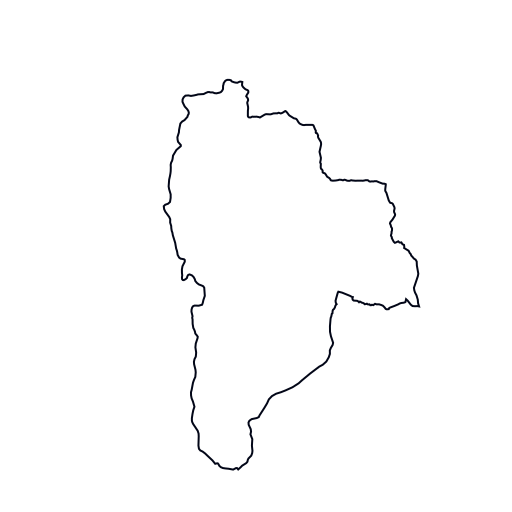 outline of Guadalupe, Santander, Colombia, rotated 329°
{"feature_id": "7082276B99610828489560", "entity_name": "Guadalupe", "entity_type": "district", "adm_level": 2, "iso_a3": "COL", "parent_name": "Colombia", "parent_adm1": "Santander", "projection": "orthographic", "projection_center": [-73.394, 6.237], "detail": "fine", "context": "isolated", "style": "outline", "palette": "ink", "viewbox_px": 512, "rotation_deg": 329, "n_neighbors": 0, "source": "geoboundaries", "source_scale": "gbopen_adm2", "svg_char_len": 6120}
<svg xmlns="http://www.w3.org/2000/svg" viewBox="0 0 512 512"><g transform="rotate(329 256 256)"><path d="M114.0,413.1L115.4,413.5L116.4,414.0L116.6,415.1L116.5,417.0L117.1,418.9L118.4,420.7L120.2,422.2L123.0,424.3L126.4,427.3L129.7,427.5L130.5,428.0L130.8,429.8L134.3,429.1L136.1,428.6L141.0,428.5L142.7,427.9L144.0,426.5L145.2,425.7L149.1,424.7L151.2,423.0L152.6,421.2L154.8,416.5L158.5,411.1L159.4,406.0L161.3,404.0L162.3,401.7L162.8,396.9L163.8,394.9L165.1,394.0L166.4,393.7L168.3,393.6L173.2,395.3L175.4,395.5L177.0,394.4L185.1,390.4L189.6,388.0L193.2,385.5L197.5,384.3L202.3,384.4L207.2,385.6L212.0,386.4L219.6,387.3L227.0,387.1L231.5,386.2L242.1,384.6L253.3,383.4L257.2,383.6L261.9,382.7L266.2,380.3L268.9,378.0L270.7,374.9L272.9,373.3L275.9,371.7L277.4,370.1L278.9,363.4L280.4,359.1L283.2,354.3L287.3,348.6L288.3,347.4L289.4,346.6L291.2,344.6L292.0,344.5L293.5,342.4L294.3,341.8L295.8,341.5L297.3,340.6L298.2,339.7L299.6,338.9L300.3,338.8L300.3,337.2L301.1,335.4L302.3,334.2L306.2,330.5L307.2,329.6L308.2,329.0L310.9,331.7L316.0,338.5L317.3,340.7L317.8,341.1L316.6,342.3L316.4,343.4L316.8,344.5L319.6,346.5L320.3,347.7L320.5,348.7L321.4,348.5L321.9,348.9L322.6,350.4L323.5,351.3L324.1,352.2L324.3,353.3L325.5,353.8L326.5,354.0L326.8,354.9L327.5,355.5L328.4,355.9L328.6,357.0L329.4,357.5L330.3,357.5L331.2,358.5L333.4,358.3L334.4,359.5L336.6,360.8L338.2,362.6L339.2,364.0L339.8,366.5L339.9,368.1L340.7,369.1L342.4,369.9L343.4,369.2L344.6,369.3L348.9,370.1L353.1,370.7L354.6,370.7L356.3,371.1L358.3,372.0L359.7,372.4L360.4,372.4L362.4,370.3L363.0,372.4L363.6,377.4L364.4,379.5L366.2,380.8L368.7,382.2L369.8,383.2L370.6,380.0L372.2,376.7L373.3,372.4L373.5,369.2L374.0,367.0L375.0,364.6L384.3,356.7L386.0,354.8L389.0,347.0L390.9,343.5L390.9,341.3L390.0,339.5L389.7,337.4L389.3,335.6L389.6,334.0L389.3,332.8L389.5,330.1L387.1,325.5L388.0,324.2L388.6,322.7L387.6,321.4L387.6,319.2L386.7,318.9L385.9,318.3L385.5,316.7L382.5,316.4L381.8,316.2L381.4,314.7L381.6,310.7L382.1,309.9L382.1,308.6L382.3,307.8L384.1,306.1L384.5,305.2L385.6,304.3L386.6,302.8L386.8,302.3L386.9,301.4L386.8,300.7L387.3,299.2L387.5,298.2L387.5,297.3L387.8,296.9L388.6,296.2L391.7,295.1L395.8,293.0L396.3,292.5L396.7,291.9L397.0,289.5L397.5,288.5L399.3,286.6L399.6,285.9L399.8,285.2L400.1,281.7L399.9,281.1L399.6,280.6L398.6,279.7L398.4,279.4L398.4,276.8L400.3,269.1L400.3,267.1L400.6,266.2L401.5,264.9L404.0,261.7L404.2,261.2L403.2,260.1L401.9,259.3L399.6,256.4L397.8,253.9L396.1,252.9L395.1,252.6L393.4,251.5L392.5,251.2L391.6,250.5L390.9,248.7L390.4,248.3L388.8,247.4L387.8,247.1L386.3,246.5L385.0,245.6L379.7,242.5L377.4,240.8L376.8,240.2L376.1,239.9L375.0,239.8L374.0,239.2L373.2,238.6L372.4,237.8L372.1,237.1L371.0,236.1L369.8,236.0L369.3,235.7L368.4,234.7L366.7,233.5L365.6,233.3L363.1,232.3L360.6,231.0L359.3,229.9L359.1,229.5L359.2,228.1L358.9,226.8L357.8,224.7L357.8,222.0L357.6,220.7L357.3,220.2L356.5,219.4L356.3,218.8L356.3,218.3L356.8,217.7L357.1,217.0L357.1,215.8L356.9,215.4L356.7,214.8L356.8,214.2L357.2,213.2L359.1,210.3L359.1,209.2L359.3,208.7L361.0,206.9L362.2,205.3L364.1,199.4L368.2,195.1L369.4,193.7L370.0,192.5L370.3,191.5L370.3,186.6L370.7,185.4L371.3,184.7L371.5,183.0L371.5,182.4L371.4,182.0L370.8,181.5L370.8,180.9L371.8,179.5L371.9,177.7L372.5,173.7L372.2,173.0L371.8,172.6L366.1,169.2L364.7,168.6L363.7,167.9L362.7,166.7L361.6,164.9L361.3,163.1L361.3,160.3L361.1,159.3L360.7,158.7L359.4,157.5L357.0,152.8L356.8,152.0L356.5,148.8L356.0,147.0L355.6,146.8L352.5,146.9L350.7,146.6L349.5,145.2L349.0,144.8L347.8,144.7L344.5,142.8L341.8,142.2L341.1,141.9L337.7,139.6L336.3,139.3L330.7,139.3L330.1,138.5L328.3,136.9L325.6,135.4L324.9,134.8L324.4,134.6L323.0,134.5L322.4,134.3L321.3,133.5L321.0,132.8L321.0,132.2L321.3,131.5L323.8,127.4L325.3,125.4L326.1,123.9L327.3,120.3L327.9,119.6L329.3,118.6L329.6,118.2L330.0,117.2L330.1,116.5L329.9,114.3L329.9,114.0L331.4,113.0L333.5,112.0L334.3,110.8L334.4,110.3L334.2,109.5L333.2,108.2L332.6,107.0L332.0,104.9L331.9,104.0L331.9,102.7L332.3,101.9L333.9,99.8L332.9,98.8L332.2,98.3L331.5,98.1L329.3,97.9L328.1,97.1L326.8,95.9L325.3,94.1L325.0,93.4L325.1,92.7L324.5,91.9L323.6,91.1L322.0,90.2L320.7,90.0L319.7,90.1L319.0,90.4L317.2,91.3L316.7,92.0L315.4,93.2L313.7,95.9L312.1,96.9L310.3,97.4L308.9,97.2L305.9,96.2L304.3,95.0L303.2,93.5L301.1,92.2L300.4,91.4L299.2,90.7L297.2,90.4L294.5,90.2L289.5,87.6L288.2,87.3L285.5,86.4L282.7,85.3L280.7,83.5L278.1,82.2L275.7,82.7L273.7,84.0L272.4,86.0L272.1,88.5L271.9,91.2L272.6,94.7L272.7,96.7L272.3,98.4L271.5,99.5L269.9,100.4L268.9,101.4L264.7,102.7L261.9,102.7L259.4,103.5L255.0,108.3L253.6,110.3L249.8,113.7L248.7,115.9L248.0,118.0L248.7,122.2L248.1,123.1L242.4,124.1L236.6,127.2L234.6,129.7L233.2,131.1L231.3,132.3L229.8,133.9L228.7,136.0L226.6,139.3L225.3,141.0L223.3,143.3L220.9,145.8L217.0,151.3L216.0,153.8L214.6,159.2L212.8,162.2L210.1,165.4L207.5,165.9L204.6,165.3L202.6,165.8L201.4,168.5L201.1,171.2L201.7,177.9L201.4,180.3L199.6,183.2L198.8,186.5L197.7,188.6L196.7,191.1L196.4,192.8L195.4,195.4L193.5,203.1L191.4,208.5L191.0,210.4L190.5,212.0L189.4,214.7L189.3,217.8L190.0,219.4L192.6,221.7L192.9,222.7L192.0,224.2L187.7,226.9L185.6,229.3L183.8,232.4L182.8,234.6L181.5,236.2L180.7,237.8L180.9,238.9L181.7,239.5L183.8,239.6L185.6,239.2L186.6,238.1L188.2,237.3L189.6,237.6L191.1,239.6L191.7,241.9L191.6,244.4L191.1,246.2L191.5,248.7L192.4,251.0L194.3,253.4L195.2,254.8L195.3,256.5L191.6,263.8L188.2,266.7L186.3,268.7L184.7,270.0L181.3,269.1L177.9,266.9L176.4,266.6L174.8,267.2L173.2,268.7L172.0,270.5L170.6,274.9L169.5,276.1L168.9,277.8L166.7,281.6L165.2,285.4L165.1,287.3L164.7,289.5L164.1,291.0L164.1,291.8L164.4,293.4L164.5,295.2L163.6,296.3L159.3,300.0L157.0,303.1L155.0,307.9L153.8,309.6L152.5,311.3L150.2,312.7L148.3,314.7L147.2,316.9L145.5,322.4L144.4,324.7L141.7,328.4L139.1,330.2L136.7,332.2L131.9,337.6L130.1,339.3L128.5,342.1L127.5,344.9L127.0,348.3L125.6,353.5L122.8,355.9L120.3,358.6L117.5,362.0L116.2,364.2L115.8,365.5L115.6,367.6L116.0,375.8L115.3,378.7L114.0,381.1L109.0,388.9L107.8,391.9L108.1,394.0L109.5,396.1L110.7,399.1L111.5,402.1L113.4,408.8L114.0,413.1Z" fill="none" stroke="#020617" stroke-width="2"/></g></svg>